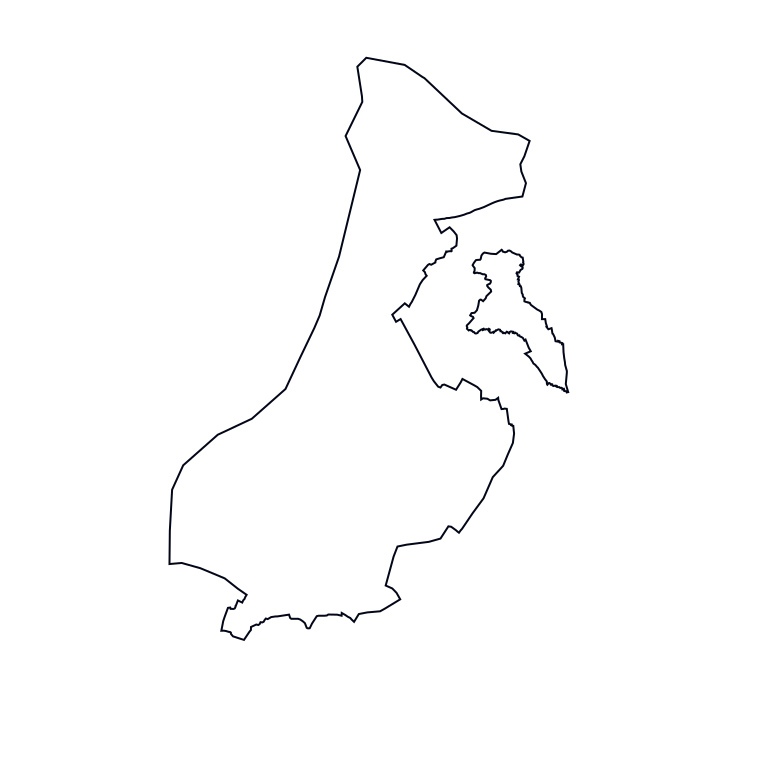 the district of Ishielu, Ebonyi, Nigeria, rotated 27°
{"feature_id": "59680162B77807256215392", "entity_name": "Ishielu", "entity_type": "district", "adm_level": 2, "iso_a3": "NGA", "parent_name": "Nigeria", "parent_adm1": "Ebonyi", "projection": "mercator", "projection_center": [7.857, 6.423], "detail": "fine", "context": "isolated", "style": "outline", "palette": "ink", "viewbox_px": 768, "rotation_deg": 27, "n_neighbors": 0, "source": "geoboundaries", "source_scale": "gbopen_adm2", "svg_char_len": 6163}
<svg xmlns="http://www.w3.org/2000/svg" viewBox="0 0 768 768"><g transform="rotate(27 384 384)"><path d="M274.6,641.8L285.0,635.3L304.0,631.5L330.3,629.5L347.0,632.8L357.3,634.2L357.1,636.7L357.3,639.0L356.9,640.1L356.8,640.9L356.9,643.1L352.1,643.2L352.7,649.1L352.5,649.3L352.9,650.3L352.9,651.7L352.1,652.7L349.4,654.0L348.5,653.0L346.6,654.3L347.7,663.6L348.4,668.3L351.1,677.7L353.1,676.6L354.2,676.2L355.5,675.8L358.4,675.3L359.2,674.9L360.0,674.9L360.5,675.1L360.7,675.7L361.2,676.2L364.0,677.4L375.4,675.6L376.6,665.7L377.1,663.6L375.8,660.9L379.4,656.3L381.4,655.8L382.2,654.4L382.1,652.3L383.8,651.7L384.7,650.5L384.8,648.3L385.2,646.6L387.1,646.3L389.3,642.9L392.8,640.4L394.5,639.5L404.1,632.6L406.5,635.0L408.0,635.3L414.0,632.2L416.3,631.9L419.5,632.3L422.1,633.0L425.8,636.3L426.6,636.4L427.9,635.9L428.7,635.3L428.6,630.2L429.5,621.4L430.9,620.2L436.3,617.4L438.2,616.2L439.0,614.7L447.0,610.8L451.4,609.7L450.3,607.2L454.5,607.4L457.2,607.8L460.2,607.8L461.9,608.5L465.3,609.5L466.0,600.4L472.8,595.1L483.7,588.3L486.6,584.0L496.2,568.5L490.0,564.4L484.2,562.4L477.0,562.8L470.9,533.4L469.8,522.7L477.1,516.9L495.6,504.3L504.5,496.1L506.0,481.6L508.7,480.7L514.4,481.6L516.3,482.1L518.3,482.5L518.7,479.8L519.3,477.6L521.6,459.0L524.6,440.6L523.2,417.6L527.3,402.8L526.3,390.4L525.6,378.0L522.4,369.1L518.2,362.6L517.4,363.0L516.5,362.3L516.2,363.0L515.8,363.0L515.5,362.3L513.5,362.8L512.0,360.9L504.7,350.4L502.5,351.2L502.0,351.8L500.1,353.0L493.2,346.4L492.0,344.5L490.5,347.5L486.0,350.4L482.8,350.2L478.7,351.8L477.6,353.7L476.0,350.8L473.7,346.0L468.5,344.4L464.9,344.2L451.6,343.9L451.6,347.7L450.8,356.4L438.0,357.1L436.4,358.4L435.9,361.5L433.5,361.8L427.2,358.9L423.4,356.6L393.3,335.1L369.3,318.6L366.5,323.1L359.9,318.5L365.9,302.7L371.2,303.8L371.2,300.8L371.5,298.3L371.5,290.3L370.7,278.8L371.3,273.7L372.9,268.2L371.2,267.4L369.7,265.8L367.4,265.0L369.1,257.9L370.0,256.5L371.9,256.3L374.6,252.4L374.1,251.3L374.0,249.2L376.9,246.4L379.7,243.9L379.3,237.7L380.1,237.7L380.3,237.2L382.2,235.9L383.8,235.1L383.9,234.8L382.7,232.8L383.7,231.7L385.7,227.9L383.0,221.2L381.1,218.4L376.8,216.4L371.3,214.6L366.5,223.4L354.5,214.8L356.0,213.8L357.0,213.3L360.8,210.5L362.8,209.4L364.5,207.7L366.9,206.4L368.9,204.8L371.3,203.2L375.1,200.0L378.4,196.9L380.8,194.2L382.5,192.7L383.6,191.3L385.8,188.0L387.8,186.0L389.2,184.8L392.7,181.0L398.0,174.2L400.2,171.6L402.0,169.7L403.8,168.0L406.9,165.4L408.2,163.9L422.2,154.1L419.3,140.6L409.9,132.3L405.7,126.3L405.7,117.4L403.4,101.3L390.3,100.7L364.9,109.6L330.6,107.6L281.1,93.1L278.7,93.0L257.6,90.3L220.1,101.4L216.2,113.4L233.7,137.6L236.6,142.5L237.2,180.5L265.6,204.2L286.1,290.9L292.0,333.4L295.6,352.2L296.5,365.8L297.3,398.4L298.5,433.2L282.0,475.0L258.9,504.7L242.0,547.6L243.2,574.4L259.8,612.0L274.6,641.8ZM446.9,208.0L446.1,207.3L444.6,207.8L443.7,208.3L438.4,208.6L437.3,208.2L435.3,208.1L434.0,208.9L433.5,210.3L432.1,211.7L429.8,212.1L428.6,211.2L427.9,211.0L425.0,217.3L420.2,219.4L413.8,221.3L412.9,222.9L412.5,225.3L413.4,228.7L413.2,229.7L410.6,231.2L409.7,231.9L409.4,233.5L409.1,235.2L409.0,237.9L409.6,238.3L412.2,239.6L413.4,242.2L413.3,243.5L413.6,244.1L414.4,244.2L414.8,243.9L416.4,242.5L418.3,242.2L419.1,241.6L422.2,241.4L423.7,240.6L425.4,240.7L426.2,241.8L426.1,243.9L426.8,244.6L431.4,243.3L432.4,243.6L432.9,244.8L432.9,246.4L431.6,248.0L431.0,249.1L431.6,249.9L433.1,250.6L436.3,251.5L437.5,253.0L435.4,259.2L435.7,261.6L434.7,265.2L432.3,264.8L431.5,265.1L430.9,266.6L432.4,271.3L433.3,276.1L432.4,279.4L429.8,281.1L429.6,283.7L430.2,283.9L432.8,283.8L433.9,284.6L432.2,291.3L431.2,294.2L431.4,294.7L431.7,295.2L432.5,295.7L432.8,297.1L435.2,297.8L435.6,297.1L437.0,296.5L437.6,296.9L438.2,296.6L439.5,297.2L440.3,296.9L440.8,296.9L441.8,297.5L443.0,297.3L444.2,296.1L444.3,294.5L445.8,291.6L447.3,289.9L447.7,290.9L448.1,290.5L448.4,289.9L448.8,289.5L449.4,289.6L450.4,288.6L451.6,288.2L452.4,288.6L452.4,287.2L453.1,287.2L453.5,287.4L454.0,289.4L455.4,290.0L456.0,289.8L456.8,289.2L457.7,288.0L458.4,288.5L458.6,288.1L458.3,287.4L458.6,286.9L459.1,286.6L459.6,285.8L459.4,285.3L459.9,285.0L461.1,283.4L462.8,283.0L463.8,284.1L464.4,283.7L465.2,284.0L466.2,284.0L466.6,284.6L466.9,284.7L467.3,284.5L467.4,284.0L469.1,283.8L469.6,281.7L470.5,281.6L471.8,282.1L472.5,282.1L472.4,280.6L473.2,279.5L475.5,278.8L475.7,280.0L477.3,279.6L477.7,278.7L478.6,278.8L479.8,278.7L480.9,279.7L481.5,279.9L482.5,279.2L483.1,279.8L484.2,279.9L484.8,279.7L486.8,279.9L489.4,281.6L490.0,280.2L496.4,285.9L499.9,288.2L496.0,292.9L500.8,293.9L503.0,294.7L504.7,295.9L506.2,296.7L507.8,297.9L509.9,298.2L511.0,298.6L512.5,299.3L513.5,299.5L519.0,302.6L520.6,303.6L521.7,304.5L525.1,306.5L527.9,307.8L528.7,309.3L529.6,310.4L529.9,310.5L530.1,309.6L530.0,309.0L530.4,308.4L530.8,308.1L532.0,308.2L532.7,308.8L533.0,308.9L533.3,308.7L533.2,308.2L533.8,307.9L534.1,307.9L534.8,308.8L535.8,308.9L537.2,307.8L537.8,307.5L538.5,307.3L538.5,308.0L539.4,308.1L540.7,307.7L541.7,307.2L542.8,307.5L543.8,306.8L544.9,306.9L545.3,307.7L545.8,307.3L546.5,306.6L546.9,307.0L546.9,307.8L547.5,307.8L547.8,308.4L548.9,308.1L549.9,307.5L550.7,308.5L551.8,307.6L546.0,301.5L541.9,291.2L541.1,289.5L536.8,284.8L535.2,282.3L532.9,279.2L529.6,274.3L525.6,267.2L524.6,267.8L524.2,266.6L521.7,267.2L521.0,266.2L519.5,266.5L519.7,267.3L517.4,268.0L515.1,265.1L512.0,262.7L511.2,262.6L508.9,259.4L507.9,258.2L505.6,260.6L502.8,259.3L503.1,258.8L500.6,256.3L498.2,253.0L495.3,254.5L493.1,250.0L491.5,248.4L489.3,248.1L486.7,248.1L479.3,246.9L478.8,246.7L478.2,246.3L477.8,246.2L477.1,245.5L476.3,245.7L475.6,246.1L475.1,245.8L473.6,246.4L471.6,246.6L470.8,245.1L470.7,243.7L468.7,243.3L467.6,242.4L467.0,241.3L465.5,240.4L462.7,236.0L461.5,234.8L460.7,235.1L460.4,234.5L459.5,233.7L458.9,234.1L458.3,234.0L458.4,232.9L457.3,231.8L457.1,230.2L456.7,229.7L455.8,230.0L455.6,227.1L453.9,227.1L453.2,225.7L452.5,225.6L451.8,225.2L451.8,224.1L453.8,223.3L453.9,220.4L455.0,218.6L454.9,217.6L454.4,217.0L452.1,216.7L451.3,216.4L451.5,215.5L452.2,215.2L453.8,215.5L454.0,214.1L453.8,213.5L452.6,212.4L452.7,211.9L450.2,208.4L449.0,208.7L446.9,208.0Z" fill="none" stroke="#020617" stroke-width="2"/></g></svg>